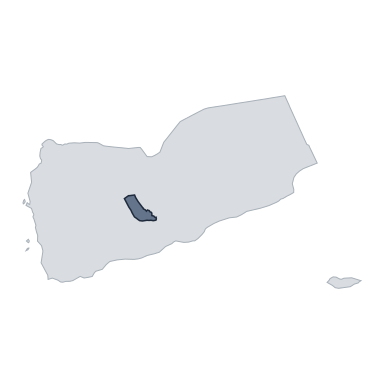 location of Jardan, Shabwah, Yemen
{"feature_id": "15242507B34069744154073", "entity_name": "Jardan", "entity_type": "district", "adm_level": 2, "iso_a3": "YEM", "parent_name": "Yemen", "parent_adm1": "Shabwah", "projection": "albers", "projection_center": [46.986, 15.184], "detail": "fine", "context": "in_parent", "style": "filled", "palette": "slate", "viewbox_px": 384, "rotation_deg": 0, "n_neighbors": 0, "source": "geoboundaries", "source_scale": "gbopen_adm2", "svg_char_len": 4113}
<svg xmlns="http://www.w3.org/2000/svg" viewBox="0 0 384 384"><path d="M317.2,163.1L303.3,168.6L299.6,171.0L296.3,173.9L293.9,177.5L292.3,183.8L293.8,189.5L293.7,192.5L290.1,194.6L286.8,196.2L283.0,198.5L280.7,199.1L278.9,200.9L276.7,202.2L268.9,205.6L260.4,208.2L246.7,211.4L241.5,214.7L236.7,217.0L229.4,217.8L219.4,221.0L213.8,223.5L206.9,227.6L205.4,228.9L204.2,231.8L202.1,234.4L197.9,238.6L194.8,240.8L192.7,240.9L188.6,242.1L183.8,242.4L175.7,240.9L173.6,242.0L171.9,243.6L165.6,246.5L159.3,252.2L154.6,253.7L147.1,255.5L141.8,257.9L138.2,258.9L133.7,259.4L125.2,259.1L117.2,259.9L109.8,261.5L106.3,264.5L102.3,269.3L95.7,271.3L94.2,273.0L92.2,276.5L87.9,277.4L84.1,278.0L80.2,276.4L72.8,280.6L70.0,281.3L65.8,281.4L62.8,282.2L60.6,282.0L58.0,280.2L52.3,278.1L48.1,279.4L47.8,275.3L41.1,262.8L42.8,252.0L42.8,250.4L41.5,245.6L37.5,241.1L37.7,235.5L36.4,231.5L35.4,227.3L35.8,226.2L35.9,225.3L33.9,218.9L33.2,217.6L33.0,216.3L33.7,215.2L33.7,214.1L32.6,212.1L31.5,208.4L26.0,205.4L27.2,202.7L28.3,203.7L29.7,204.5L30.0,202.7L30.1,201.4L27.9,193.2L31.6,182.3L30.6,172.4L35.9,168.5L37.3,167.3L38.0,166.3L39.3,164.0L41.0,163.3L41.6,161.0L41.6,159.8L40.5,158.7L39.8,156.0L40.1,152.5L40.4,151.0L41.0,148.4L42.8,147.4L43.3,146.6L41.9,144.9L42.1,143.9L45.2,141.1L46.4,140.3L48.4,139.4L50.0,139.5L51.8,140.0L53.4,140.8L54.9,142.3L56.5,143.9L59.1,144.6L60.8,144.5L62.2,145.2L63.4,144.8L64.7,144.0L66.9,144.1L68.8,143.2L74.4,142.8L79.7,143.1L85.2,142.4L90.8,142.5L96.4,142.6L97.6,142.7L98.8,143.2L103.5,145.8L107.1,146.3L114.3,147.1L122.0,147.8L128.6,148.5L134.2,147.9L138.9,147.4L140.2,147.5L141.6,149.1L144.4,152.9L147.1,156.6L151.7,156.8L154.7,155.4L158.0,153.5L160.0,152.0L162.3,146.0L163.8,142.2L167.3,137.9L170.1,134.3L173.9,129.5L176.0,126.8L180.2,121.6L184.1,119.5L191.7,115.5L199.2,111.6L204.1,109.1L208.2,107.9L215.2,106.8L223.4,105.6L231.5,104.3L240.2,102.9L249.9,101.4L256.6,100.3L265.1,99.0L272.1,97.8L278.4,96.8L284.8,95.7L286.1,98.6L287.4,101.5L288.7,104.3L289.9,107.2L291.2,110.1L292.5,112.9L293.8,115.8L295.1,118.7L296.4,121.5L297.7,124.4L299.0,127.3L300.3,130.2L301.6,133.0L302.9,135.9L304.2,138.8L305.5,141.6L306.8,144.4L308.8,145.3L310.0,148.0L311.8,151.7L313.6,155.5L315.4,159.3L317.2,163.1ZM339.7,279.0L341.4,279.3L344.0,278.2L351.7,277.8L361.0,280.7L359.3,281.7L358.3,282.9L354.3,284.1L350.3,286.7L338.7,288.3L335.2,287.7L332.4,285.4L327.1,282.4L329.1,280.3L329.5,279.4L330.2,278.5L333.1,276.9L336.1,277.1L339.7,279.0ZM29.0,242.1L28.6,242.7L28.1,242.5L26.4,241.0L28.3,239.3L29.3,240.9L29.0,242.1ZM24.2,203.3L23.3,203.9L23.0,202.8L23.7,200.3L24.6,199.5L25.2,201.4L24.8,202.5L24.2,203.3ZM27.9,249.8L26.0,250.7L27.4,248.4L28.7,248.0L29.0,248.1L27.9,249.8Z" fill="#d9dde1" stroke="#a8b0b8" stroke-width="1"/><path d="M146.2,220.4L146.3,220.4L146.5,220.3L147.0,220.3L147.4,220.3L147.6,220.3L147.9,220.3L148.1,220.3L148.4,220.4L148.6,220.4L148.8,220.4L149.1,220.4L149.3,220.4L149.6,220.4L149.8,220.4L150.0,220.3L150.3,220.3L150.5,220.3L150.8,220.3L151.0,220.3L151.3,220.3L151.5,220.4L151.9,220.4L152.2,220.5L152.4,220.5L152.7,220.6L153.1,220.7L154.3,220.5L155.1,220.4L155.4,220.2L155.8,220.1L156.1,220.0L156.2,219.7L156.2,219.3L156.3,219.1L156.4,218.8L156.3,218.6L156.2,218.5L156.1,218.2L156.1,217.7L156.2,217.3L155.8,217.3L155.5,217.3L155.3,217.3L155.0,217.3L154.8,217.2L154.6,217.0L154.4,216.8L154.2,216.6L154.1,216.4L153.9,216.1L153.7,216.0L153.4,216.0L153.2,215.9L152.8,215.8L152.5,215.7L152.3,215.7L152.0,215.7L151.9,215.5L151.8,215.3L151.9,215.0L151.9,214.7L151.8,213.1L151.4,212.4L151.1,212.2L150.2,212.0L149.2,210.6L148.9,210.5L148.7,210.5L148.4,210.4L148.2,210.3L148.0,210.2L147.8,210.1L147.5,210.0L147.1,210.4L146.9,210.6L146.4,210.7L146.3,211.0L146.0,210.7L145.1,209.7L143.4,208.9L143.4,208.5L143.2,208.1L143.0,207.9L142.8,207.7L142.7,207.7L138.1,201.6L135.6,197.5L134.6,195.0L130.7,195.5L130.2,195.6L128.4,195.7L128.3,195.8L128.1,196.0L127.2,196.6L124.4,198.6L125.2,200.1L128.9,207.2L129.4,207.9L130.9,210.1L132.1,212.8L134.4,216.8L134.5,216.9L134.9,217.2L136.5,218.3L138.0,219.5L139.0,220.2L139.5,220.6L142.4,221.0L146.2,220.4Z" fill="#64748b" stroke="#1e293b" stroke-width="1.5"/></svg>